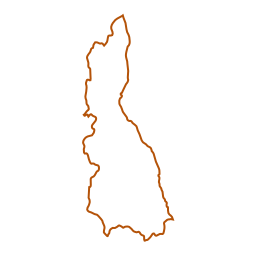 the border of Cajamarca
{"feature_id": "PER-578", "entity_name": "Cajamarca", "entity_type": "Department", "adm_level": 1, "iso_a3": "PER", "parent_name": "Peru", "parent_adm1": "", "projection": "equal_earth", "projection_center": [-78.825, -6.177], "detail": "fine", "context": "isolated", "style": "outline", "palette": "amber", "viewbox_px": 256, "rotation_deg": 0, "n_neighbors": 0, "source": "natural_earth", "source_scale": "10m", "svg_char_len": 5117}
<svg xmlns="http://www.w3.org/2000/svg" viewBox="0 0 256 256"><path d="M104.1,45.6L105.6,43.9L107.0,41.9L107.4,40.5L108.0,37.0L108.5,35.8L109.6,35.5L111.0,35.5L112.2,35.1L112.7,33.7L112.5,32.0L111.3,28.8L111.2,26.9L111.8,24.9L112.8,23.1L115.2,20.1L117.4,18.5L122.2,15.9L122.8,15.4L123.5,17.8L125.5,23.0L126.5,29.4L127.2,32.2L128.4,34.5L129.1,36.4L129.3,37.3L129.7,41.1L129.7,42.3L129.6,43.3L129.2,44.6L128.8,45.4L127.9,46.3L127.6,46.8L126.3,52.1L126.0,53.9L125.9,55.2L126.0,56.4L126.2,57.6L127.2,61.4L127.4,63.8L128.2,71.0L127.8,77.4L127.9,78.6L128.0,79.2L128.2,79.9L128.1,80.3L128.0,80.9L127.5,82.2L126.6,83.5L126.3,83.8L126.0,84.2L123.4,89.6L123.3,89.8L122.1,92.4L121.9,92.8L121.7,93.0L121.0,93.3L120.8,93.5L120.7,93.9L120.8,94.4L120.8,94.7L121.0,94.9L121.6,95.2L121.8,95.4L121.9,95.7L121.9,96.2L121.3,97.4L121.1,97.6L120.5,98.0L120.2,98.2L120.0,98.5L119.9,98.8L119.7,99.3L119.3,100.7L119.3,101.7L119.4,103.8L119.8,104.8L120.9,106.6L121.2,107.1L121.5,108.1L121.8,108.7L122.7,111.4L123.1,112.2L126.6,117.0L126.9,117.6L127.0,117.9L127.2,119.1L127.3,119.4L127.5,119.8L127.9,120.2L128.6,120.7L129.3,120.9L129.8,121.0L130.5,120.9L130.8,121.0L131.5,121.4L132.6,123.0L135.0,124.9L136.4,126.2L136.9,127.5L137.7,130.3L139.5,134.2L141.7,140.4L143.0,142.3L146.0,144.3L147.6,146.1L150.1,147.4L150.8,148.1L151.1,148.7L151.7,150.6L151.7,151.0L153.1,152.7L153.7,153.9L155.9,161.6L158.7,168.0L159.2,169.4L159.4,170.8L159.5,174.0L159.3,174.5L158.9,174.7L158.5,175.0L158.4,175.7L158.5,176.1L159.2,177.0L159.4,177.6L159.4,178.9L159.1,180.4L158.9,182.0L159.5,183.9L159.6,185.7L159.8,186.4L160.5,187.3L161.2,188.3L161.5,189.7L162.5,191.7L163.1,196.5L163.4,197.6L163.8,198.2L164.4,198.8L164.9,199.6L165.1,200.7L165.3,201.2L165.6,201.5L166.1,201.8L166.4,202.1L166.8,202.9L166.8,203.4L166.6,204.0L166.6,205.8L166.7,206.2L167.0,206.8L167.3,207.1L167.6,207.1L167.9,207.2L168.0,208.0L168.0,210.4L168.4,213.0L169.4,214.5L170.8,215.6L172.0,217.0L172.4,218.1L172.9,219.5L171.4,219.2L170.8,219.1L169.1,219.4L168.5,219.4L167.8,219.6L167.1,219.9L164.3,222.3L164.0,223.2L164.1,223.9L164.4,225.5L164.5,227.0L164.4,228.7L164.0,231.0L163.4,233.2L163.0,233.7L162.5,234.0L160.4,233.9L159.8,234.0L156.8,235.5L156.2,235.7L155.5,235.5L155.0,235.0L154.3,233.9L153.9,233.5L153.3,233.5L152.6,233.9L150.3,237.2L148.1,239.4L147.4,239.9L146.0,240.1L145.4,240.5L144.6,240.6L144.2,239.6L144.1,236.9L144.0,236.3L143.8,235.9L143.3,235.6L142.2,235.2L141.4,234.8L140.5,233.9L140.1,233.2L139.7,232.5L139.2,232.1L138.7,231.8L136.5,232.3L134.2,231.6L133.0,230.7L131.5,228.9L129.2,226.9L128.5,226.7L127.5,226.5L125.9,226.6L125.0,226.8L124.4,227.0L123.5,227.7L123.1,227.7L122.8,227.5L121.5,226.5L119.5,225.5L118.8,225.6L118.6,225.6L117.3,226.7L115.2,227.9L114.3,228.0L112.9,227.9L112.8,228.0L112.5,228.0L111.5,228.6L110.6,229.3L110.3,229.7L109.8,230.5L109.6,231.1L109.5,231.5L109.3,232.8L109.2,233.1L109.1,233.4L108.9,233.7L108.7,233.9L108.5,234.1L108.3,234.4L107.7,236.0L107.4,236.1L106.9,235.8L104.3,233.0L103.9,232.4L103.9,231.3L104.0,230.4L104.4,228.6L104.5,228.0L104.5,227.3L104.4,226.5L104.2,225.8L102.7,222.3L102.6,221.8L102.5,221.2L102.0,220.3L101.2,219.2L98.4,216.0L97.1,214.8L95.4,214.3L94.6,214.1L91.2,212.4L89.0,211.7L88.1,211.0L87.7,210.6L87.4,210.0L87.2,209.4L87.6,207.5L88.0,206.9L88.6,205.8L89.1,204.5L89.5,203.1L89.7,202.3L89.7,201.5L89.6,200.5L89.5,199.8L88.6,197.8L89.2,187.1L89.9,187.0L90.2,186.8L90.5,186.4L90.7,185.9L90.8,184.8L90.7,179.1L90.9,178.4L91.4,177.7L92.3,177.1L93.6,176.5L94.7,175.3L96.5,172.0L97.1,171.3L98.1,170.8L98.5,170.3L98.8,169.7L98.9,169.0L99.0,168.1L98.9,167.3L98.8,166.5L98.3,165.8L97.9,165.4L95.3,164.7L93.8,163.6L92.5,163.5L91.3,163.7L90.6,163.1L89.9,161.9L88.9,159.2L88.0,155.6L87.7,154.8L87.2,153.9L86.5,153.4L85.9,153.4L85.3,153.5L84.8,153.5L84.3,152.9L84.0,152.4L83.8,149.1L84.3,147.4L84.4,146.6L84.4,145.9L84.1,145.2L83.3,143.4L83.1,142.8L83.2,142.0L83.3,141.1L83.8,140.0L84.3,139.2L85.1,138.2L85.7,137.6L86.6,137.0L87.8,136.4L92.0,135.3L93.8,132.7L94.3,130.7L94.3,129.8L94.1,129.2L93.4,128.8L92.6,128.5L92.1,127.8L91.9,126.9L91.9,126.1L92.1,125.4L92.4,124.8L95.4,121.0L95.7,120.4L96.0,119.7L96.1,119.0L96.1,118.2L95.9,117.6L95.4,117.0L94.6,116.6L93.4,116.1L92.4,115.5L92.1,115.1L91.7,114.7L91.2,114.3L90.7,114.3L90.0,114.7L89.4,115.5L88.4,116.6L88.1,116.0L88.0,115.8L87.9,115.1L87.5,114.7L87.0,114.6L86.1,114.9L85.6,115.2L85.1,115.6L84.5,115.7L83.8,114.8L84.7,114.1L86.6,111.5L87.2,110.9L87.7,110.4L88.2,110.1L88.8,109.0L88.3,106.2L87.6,105.2L87.0,104.5L86.9,104.4L86.8,104.2L86.6,103.6L86.5,102.8L86.4,101.0L86.3,100.3L85.6,98.3L85.5,97.5L85.4,96.3L86.2,91.7L86.6,87.7L86.5,86.3L86.5,85.9L86.4,85.5L86.1,84.5L86.0,83.7L86.0,83.4L86.0,83.1L86.1,82.5L86.9,80.1L87.1,79.9L87.6,79.7L88.6,79.8L89.1,80.0L89.6,80.3L90.4,80.2L90.6,78.8L90.2,69.0L89.8,68.3L89.3,67.8L88.8,67.5L88.5,66.9L88.3,65.9L88.4,64.1L88.4,63.0L88.2,62.0L87.0,57.9L87.1,56.9L87.5,55.8L88.8,53.8L89.7,52.7L90.3,51.7L91.2,48.9L91.8,48.3L92.5,48.0L93.0,47.8L93.2,46.7L93.5,45.0L93.9,44.2L95.2,42.3L96.5,42.3L97.4,42.5L99.2,43.3L100.1,43.6L100.6,43.5L101.5,43.3L102.0,43.4L102.6,43.7L103.1,44.3L104.1,45.6Z" fill="none" stroke="#b45309" stroke-width="2"/></svg>